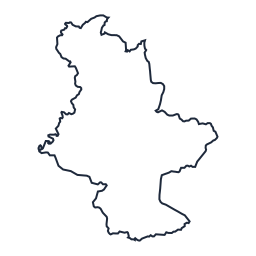 Katanda, Kasaï-Oriental, Democratic Republic of the Congo (orthographic projection)
{"feature_id": "63176286B83227238071318", "entity_name": "Katanda", "entity_type": "district", "adm_level": 2, "iso_a3": "COD", "parent_name": "Democratic Republic of the Congo", "parent_adm1": "Kasaï-Oriental", "projection": "orthographic", "projection_center": [23.871, -6.077], "detail": "fine", "context": "isolated", "style": "outline", "palette": "slate", "viewbox_px": 256, "rotation_deg": 0, "n_neighbors": 0, "source": "geoboundaries", "source_scale": "gbopen_adm2", "svg_char_len": 4674}
<svg xmlns="http://www.w3.org/2000/svg" viewBox="0 0 256 256"><path d="M145.0,40.3L141.4,41.4L140.8,44.0L139.0,43.8L137.7,45.2L137.7,46.5L135.7,48.6L133.8,49.4L130.8,49.8L129.6,51.4L127.8,50.2L127.0,51.6L125.6,51.3L126.1,50.2L125.6,42.7L123.0,41.4L119.2,36.4L116.7,35.2L111.4,35.1L108.3,34.3L104.9,32.4L104.5,33.6L103.0,34.2L102.2,34.5L101.5,34.8L101.3,34.1L101.0,33.3L100.8,32.6L101.0,31.6L101.3,30.7L101.5,29.7L101.7,28.8L101.9,27.8L102.4,27.0L103.5,25.4L104.0,25.3L104.5,25.1L104.6,24.2L104.6,23.4L104.7,22.5L105.7,21.4L106.2,21.3L106.8,21.2L107.0,19.3L107.7,18.4L108.4,17.6L106.8,17.5L103.3,15.4L100.2,15.4L99.2,15.6L96.4,16.2L94.6,17.5L91.2,18.8L87.5,22.1L85.8,21.8L85.2,22.8L82.8,24.8L80.8,28.1L79.6,27.8L78.8,26.5L75.8,26.4L72.6,24.8L71.5,23.1L71.1,22.5L70.0,22.3L68.9,23.0L65.9,22.8L65.1,23.7L65.1,24.1L65.3,24.4L67.0,25.7L67.2,26.5L66.2,28.2L65.0,28.2L64.3,29.6L61.3,30.6L60.9,31.5L61.0,32.6L62.5,34.4L62.1,35.2L60.1,35.3L59.2,35.8L57.9,36.5L57.0,37.6L57.4,44.1L56.1,47.2L56.3,48.9L57.5,50.6L58.9,52.8L60.2,53.9L60.6,54.8L61.5,57.1L63.5,58.5L65.6,58.7L69.7,61.7L70.2,61.5L70.6,62.4L68.5,65.7L68.9,66.4L69.1,66.6L74.8,66.3L75.7,67.6L76.1,68.5L78.0,73.2L76.9,75.0L75.2,76.2L75.0,77.0L74.8,77.8L75.4,81.6L75.1,83.7L75.8,85.5L77.7,86.8L79.6,87.0L80.3,87.1L81.2,88.1L81.2,88.3L81.3,89.5L79.6,91.8L78.8,94.2L77.0,95.3L75.7,97.6L72.0,99.6L71.2,100.6L71.0,101.3L71.9,103.3L73.3,104.8L73.7,107.5L75.1,109.4L75.0,109.8L74.4,112.6L72.9,113.7L71.3,114.2L70.4,113.7L68.9,113.0L67.6,114.4L66.1,114.3L64.0,112.3L61.7,111.9L61.6,112.1L61.4,112.5L62.6,115.8L62.7,117.5L62.1,118.3L60.4,118.0L59.7,118.5L60.2,121.3L60.2,121.7L59.2,122.9L58.4,125.8L55.8,128.6L58.5,134.2L57.6,135.9L56.6,135.9L56.2,134.6L55.7,134.4L55.3,134.2L54.2,134.7L49.9,134.6L49.5,134.8L48.3,135.3L48.5,136.5L53.0,138.7L53.5,140.2L52.7,141.7L50.6,143.6L48.9,143.7L48.1,143.0L48.2,142.5L48.3,142.4L49.4,141.8L48.7,141.1L45.8,141.0L42.9,148.3L42.5,148.7L41.6,148.3L41.1,146.0L40.4,145.3L39.5,145.8L38.5,148.1L38.7,149.2L40.6,149.7L39.1,150.5L39.3,151.4L41.6,153.1L46.0,152.4L47.4,152.5L47.9,152.6L49.3,154.6L49.8,155.3L54.5,155.3L55.6,157.9L58.5,165.8L63.1,169.5L70.8,171.1L77.4,174.9L86.8,175.7L88.8,176.6L89.4,176.8L91.7,182.8L97.8,184.4L100.2,182.3L101.2,182.4L103.0,184.3L105.8,184.2L106.7,185.4L104.2,189.1L104.1,189.4L102.0,190.8L97.9,191.5L96.0,198.4L92.9,202.2L93.8,206.4L95.2,207.5L97.6,207.2L99.2,207.6L100.6,208.7L102.8,212.7L106.7,216.8L107.0,218.1L107.1,218.7L106.5,224.2L106.7,226.3L108.6,228.4L107.9,230.9L108.7,232.7L109.9,234.0L110.7,234.4L113.0,233.3L113.8,233.4L117.9,233.5L119.6,231.5L124.5,232.7L127.2,232.1L127.4,232.2L127.9,232.7L128.8,236.1L128.3,237.3L128.1,237.5L129.9,238.1L131.4,239.3L133.5,239.3L134.8,240.0L134.8,238.7L135.2,238.2L137.4,240.0L139.1,240.6L139.9,240.5L142.0,238.6L147.7,236.4L149.1,236.6L150.7,235.2L152.4,236.4L153.9,236.4L155.9,234.3L164.3,234.9L164.6,234.9L166.3,232.3L167.6,232.7L168.1,232.9L171.8,233.0L173.4,231.7L175.2,231.6L178.0,229.6L181.0,229.8L181.7,228.1L184.7,226.2L184.6,224.0L186.9,222.7L188.6,223.1L189.6,221.4L187.8,219.1L184.8,215.3L182.0,213.9L177.7,211.4L174.4,209.6L165.9,204.7L162.2,203.4L160.5,201.8L159.4,199.3L159.5,194.9L160.2,188.6L160.9,179.2L161.8,175.2L164.5,174.2L165.3,173.9L166.2,173.6L167.1,173.3L169.0,172.6L169.8,172.1L170.6,171.7L171.3,171.2L172.2,171.3L173.1,171.5L174.0,171.6L175.8,171.8L176.7,172.0L177.6,172.1L178.5,172.2L179.1,171.8L179.6,171.4L180.3,169.6L180.7,168.7L181.1,167.8L183.6,167.8L184.5,167.8L185.1,167.1L185.7,166.5L186.3,165.8L187.1,165.7L187.8,165.7L189.3,166.5L190.2,166.1L191.0,165.7L191.8,166.3L192.6,166.9L194.3,166.9L195.2,166.9L195.5,166.0L196.2,164.2L196.5,163.4L196.9,162.5L197.2,161.6L197.8,160.9L205.6,151.2L206.1,149.6L205.6,147.9L205.8,145.5L206.8,144.5L211.1,142.4L213.4,140.4L214.7,140.1L216.8,138.1L217.5,136.7L215.4,131.7L213.7,130.8L212.9,127.4L211.6,125.8L210.9,123.8L210.0,123.2L209.8,123.1L207.7,123.1L205.9,124.3L203.4,123.6L202.7,123.4L200.8,123.7L198.9,124.1L198.2,121.9L196.5,119.4L195.3,118.8L194.7,118.5L191.0,118.6L190.3,119.2L188.7,120.6L186.0,120.7L184.5,121.4L183.0,121.2L181.4,119.5L179.8,118.6L178.5,114.7L177.8,114.2L176.6,114.1L172.9,115.5L169.2,115.5L167.3,114.7L164.6,111.8L162.0,110.4L158.0,112.3L156.6,111.8L155.7,110.7L158.3,109.2L160.0,104.2L160.9,100.4L161.7,95.3L163.3,92.2L164.2,89.1L164.2,86.1L162.9,84.1L160.8,82.9L158.5,83.0L155.5,83.3L153.0,83.1L151.2,81.7L150.8,79.8L150.2,73.0L150.1,71.5L149.8,69.0L149.3,63.9L148.7,61.9L148.0,61.4L147.3,60.9L145.7,58.0L145.5,57.1L145.3,56.2L145.1,55.4L144.9,54.5L144.8,53.6L144.6,52.7L145.1,51.8L145.7,50.9L146.2,50.0L145.6,49.3L145.0,48.7L144.4,45.8L144.3,42.7L145.0,40.3Z" fill="none" stroke="#1e293b" stroke-width="2"/></svg>